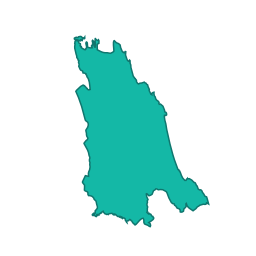 Khanom, Nakhon Si Thammarat, Thailand (Equal Earth projection), rotated 345°
{"feature_id": "78962969B77889758580625", "entity_name": "Khanom", "entity_type": "district", "adm_level": 2, "iso_a3": "THA", "parent_name": "Thailand", "parent_adm1": "Nakhon Si Thammarat", "projection": "equal_earth", "projection_center": [99.815, 9.204], "detail": "fine", "context": "isolated", "style": "filled", "palette": "teal", "viewbox_px": 256, "rotation_deg": 345, "n_neighbors": 0, "source": "geoboundaries", "source_scale": "gbopen_adm2", "svg_char_len": 5820}
<svg xmlns="http://www.w3.org/2000/svg" viewBox="0 0 256 256"><g transform="rotate(345 128 128)"><path d="M101.6,216.9L102.1,217.4L102.2,218.7L102.4,219.0L102.4,218.5L102.8,217.7L103.5,217.5L104.6,217.7L105.8,216.8L106.1,216.8L106.8,217.5L106.9,218.1L107.7,219.1L107.9,220.3L108.6,221.8L109.1,222.2L109.4,223.1L109.8,223.0L110.0,223.4L110.9,223.1L115.5,220.1L117.7,219.1L119.2,219.1L119.4,219.7L119.5,220.8L118.9,223.4L119.1,224.8L119.6,225.4L122.0,227.1L123.2,228.6L124.0,229.0L124.6,228.0L124.7,226.4L124.5,225.9L123.5,224.7L126.2,223.9L128.5,222.9L129.3,222.2L129.6,221.5L129.2,220.9L129.2,219.9L128.6,219.6L128.0,218.6L127.8,217.4L127.4,217.2L127.2,216.8L126.6,216.7L126.3,216.0L126.2,216.5L125.8,216.5L125.7,216.0L125.1,215.7L124.4,214.3L125.0,213.7L125.5,211.8L125.8,211.2L125.8,210.5L126.4,209.8L126.6,208.9L126.4,208.6L126.4,207.3L126.7,206.1L127.6,204.8L127.7,203.4L128.8,202.3L128.3,199.3L128.6,196.4L129.0,196.3L129.6,196.9L130.6,198.8L131.3,198.9L133.1,198.6L134.2,198.2L136.4,195.2L138.4,194.6L139.1,194.0L140.0,194.3L141.2,195.5L143.4,195.8L145.6,196.6L148.5,199.4L148.9,200.9L149.4,206.1L150.6,211.3L151.7,212.7L153.0,213.3L153.0,214.7L153.9,215.6L154.7,218.1L156.8,219.6L157.1,221.0L156.7,222.5L156.8,222.7L158.3,223.2L160.0,222.8L161.1,220.6L163.1,219.5L163.8,218.8L164.2,216.6L164.4,216.1L164.8,215.9L164.9,218.0L165.3,219.4L166.4,221.3L169.4,224.8L172.7,223.5L174.6,222.1L176.5,221.6L177.2,221.2L181.3,221.1L181.9,221.5L183.3,221.8L184.3,221.4L184.3,220.8L184.5,220.6L186.2,222.3L186.2,217.1L186.1,214.9L184.6,213.7L184.1,211.4L183.2,209.2L183.2,208.2L182.7,207.0L182.2,206.5L181.2,206.4L180.0,205.1L179.8,201.9L179.3,201.4L178.8,198.5L178.3,197.9L177.7,197.7L176.1,194.8L174.1,192.8L172.4,192.5L172.4,192.1L171.8,192.6L171.4,192.5L170.5,193.6L169.3,193.3L167.9,190.5L167.3,187.6L167.0,184.0L166.6,183.4L166.8,183.0L166.2,182.2L166.2,181.4L165.8,181.3L165.5,180.8L164.6,170.7L164.4,165.1L164.4,154.3L165.0,139.6L165.6,133.8L165.6,130.2L166.0,126.5L166.5,125.2L167.5,125.4L167.7,125.7L168.6,125.4L168.8,125.0L169.0,123.6L168.7,122.7L167.7,121.9L167.9,120.2L167.4,116.0L165.6,113.3L164.4,113.2L164.1,112.5L164.6,111.5L164.3,110.2L163.0,108.6L162.4,107.3L162.3,104.8L161.8,103.8L161.9,101.6L162.4,100.2L161.6,100.1L160.3,100.5L159.5,101.6L159.5,101.9L158.9,101.3L159.3,100.8L158.7,100.3L158.2,97.6L158.2,96.8L158.6,96.2L158.1,93.5L158.1,91.3L157.4,90.7L156.9,89.3L156.0,88.7L155.6,87.9L153.0,88.1L150.9,87.8L149.7,88.2L148.9,87.5L148.4,86.3L148.2,85.5L148.5,84.1L148.3,83.8L148.3,83.4L147.8,82.6L147.8,82.1L147.3,81.7L147.2,80.8L146.7,80.0L146.5,79.1L146.5,70.2L147.0,67.8L146.8,66.1L147.4,63.4L147.1,62.9L146.3,64.0L147.0,62.9L146.1,63.8L145.3,63.1L144.8,61.8L144.5,56.9L145.6,53.7L145.1,53.4L143.8,54.4L143.4,54.1L143.2,53.5L142.6,53.3L142.2,52.2L141.7,48.4L141.9,45.8L140.8,44.1L138.8,42.6L137.4,40.1L136.9,40.2L136.2,41.3L135.4,44.2L134.3,50.1L132.8,50.9L130.3,51.3L127.3,49.9L125.1,49.3L123.4,48.5L121.7,47.3L118.6,44.5L119.8,39.6L120.3,39.0L121.8,38.7L122.5,36.3L122.3,35.2L121.9,35.5L121.2,35.5L120.0,34.2L119.8,33.6L119.7,32.6L118.9,34.8L118.0,39.4L117.2,41.4L116.7,41.2L116.5,39.8L117.3,36.0L117.2,35.3L116.5,34.1L116.2,34.3L115.9,35.0L116.0,37.7L115.6,38.1L115.2,38.0L114.8,39.2L114.1,39.1L113.9,39.3L114.2,41.2L112.1,40.8L109.9,39.5L110.7,35.4L110.6,34.7L110.2,34.2L109.7,34.4L109.2,35.4L109.0,39.1L108.8,39.6L108.5,40.1L108.0,40.2L107.7,40.9L107.2,40.9L106.9,41.3L105.9,40.8L105.6,40.2L105.2,40.0L103.7,38.3L104.0,37.8L104.0,37.1L103.9,37.0L103.5,37.3L103.0,36.2L103.7,35.0L103.8,34.2L102.7,33.4L102.4,31.3L101.5,30.4L100.8,30.3L100.2,29.7L99.2,30.8L98.9,31.3L98.8,32.1L98.4,32.5L98.5,33.4L97.6,35.5L97.2,37.2L97.0,43.3L97.1,45.0L96.8,46.8L97.4,48.2L97.4,49.6L97.9,50.1L98.0,50.4L97.5,51.0L97.1,52.2L97.3,52.9L97.2,54.2L96.4,55.6L96.9,58.9L97.3,59.9L98.9,61.2L98.8,63.2L100.5,63.9L101.5,64.9L101.2,65.4L101.8,66.7L101.6,67.8L102.4,70.0L102.5,73.8L101.5,80.9L101.0,80.7L100.7,81.0L100.1,81.1L99.2,80.5L98.9,80.0L98.8,79.2L98.4,79.1L97.8,77.5L97.0,76.4L97.0,75.9L96.5,75.9L96.1,75.1L95.7,74.9L93.0,75.6L88.0,78.3L87.1,79.1L88.1,85.9L88.8,95.3L88.8,109.2L89.0,109.9L90.6,112.0L90.7,113.6L90.3,115.1L89.2,116.9L86.9,119.0L86.6,119.7L86.5,122.3L86.1,124.0L86.1,125.6L86.6,127.0L86.5,127.8L85.7,128.7L84.4,129.2L81.9,131.0L81.5,131.6L83.2,138.6L83.5,141.3L83.3,144.6L83.5,146.1L83.4,147.2L82.7,148.2L82.2,149.9L82.3,151.6L81.6,153.4L81.3,155.8L80.1,158.4L78.7,160.2L78.0,161.5L77.4,164.5L74.5,163.0L70.2,168.1L70.0,169.0L71.2,171.9L70.8,173.6L69.8,176.7L70.3,177.6L72.3,179.2L72.5,180.0L72.1,181.9L72.4,183.1L73.2,183.3L75.0,184.2L75.9,185.1L76.8,186.9L76.8,188.0L78.2,190.4L78.0,193.7L78.1,195.6L77.9,196.7L77.6,197.6L74.7,199.7L74.7,200.5L74.4,201.0L74.3,201.6L74.1,201.8L73.6,201.6L73.0,202.9L72.7,202.8L72.5,202.0L72.2,202.4L71.9,201.9L71.2,202.3L71.0,202.7L71.3,203.4L71.9,203.6L72.7,203.4L73.8,205.0L74.5,205.3L74.9,204.2L75.3,204.3L75.5,203.7L75.8,203.8L76.2,204.7L76.5,204.5L76.4,203.8L77.5,204.5L78.0,203.5L78.4,203.4L79.1,203.5L79.7,202.9L80.4,203.2L81.0,202.4L81.9,202.4L82.4,202.0L82.7,203.3L83.5,204.9L84.2,205.2L84.7,205.9L86.3,206.1L86.5,206.5L87.6,205.9L90.5,206.3L91.4,208.0L91.6,208.1L91.7,207.6L92.1,207.4L92.4,207.5L92.6,208.4L92.9,208.5L93.1,208.0L93.3,208.0L93.8,208.5L94.9,210.5L95.5,211.0L96.1,210.9L97.3,211.3L97.1,211.6L96.7,211.4L96.7,211.7L96.9,212.0L97.8,212.0L98.2,213.1L98.4,213.1L98.6,212.1L98.8,212.1L99.1,212.4L99.3,213.9L100.0,213.5L100.3,213.8L101.0,214.0L101.7,214.8L101.6,216.9ZM103.2,27.7L101.7,27.0L100.6,27.0L99.5,27.3L99.2,28.0L99.6,28.7L101.7,29.4L102.1,30.0L102.7,30.2L104.2,31.5L104.7,30.6L105.3,30.4L105.6,30.6L105.9,31.5L106.4,31.7L107.1,30.0L108.3,30.3L108.6,30.0L108.1,29.2L107.0,28.6L106.5,27.6L105.7,27.2L103.9,27.1L103.2,27.7ZM109.3,30.3L109.5,30.1L109.7,29.1L109.0,29.8L109.3,30.3Z" fill="#14b8a6" stroke="#0f766e" stroke-width="1.5"/></g></svg>